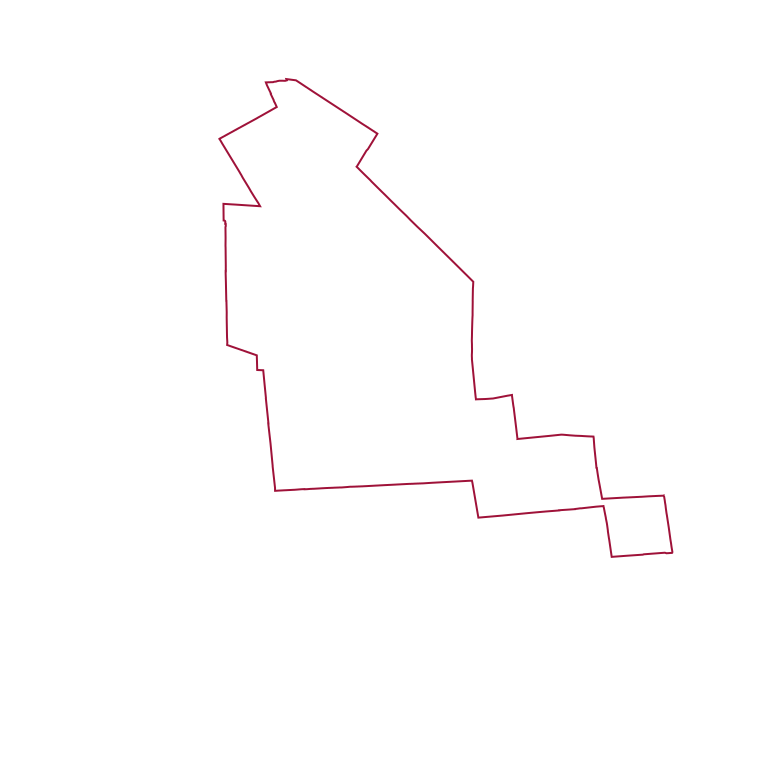 Garbovi, Ialomita, Romania, rotated 52°
{"feature_id": "2599482B59574736363397", "entity_name": "Garbovi", "entity_type": "district", "adm_level": 2, "iso_a3": "ROU", "parent_name": "Romania", "parent_adm1": "Ialomita", "projection": "natural_earth1", "projection_center": [26.782, 44.778], "detail": "fine", "context": "isolated", "style": "outline", "palette": "rose", "viewbox_px": 768, "rotation_deg": 52, "n_neighbors": 0, "source": "geoboundaries", "source_scale": "gbopen_adm2", "svg_char_len": 4085}
<svg xmlns="http://www.w3.org/2000/svg" viewBox="0 0 768 768"><g transform="rotate(52 384 384)"><path d="M401.1,535.6L401.4,535.2L403.1,532.7L405.9,528.7L412.5,519.3L414.8,515.8L416.2,513.7L417.8,511.4L418.0,511.5L419.7,509.1L421.4,506.5L423.7,503.3L426.6,499.1L428.1,496.9L430.9,492.9L434.2,488.3L435.6,486.3L436.5,485.1L437.4,483.8L439.7,480.7L443.0,475.7L443.6,474.7L444.3,473.7L446.1,471.3L450.7,464.9L451.0,464.5L454.3,459.8L459.1,452.9L464.7,444.9L468.5,439.5L475.5,429.5L478.1,425.8L479.8,423.5L482.2,420.1L486.4,414.3L491.6,406.7L496.9,399.1L514.3,374.2L516.4,375.2L524.2,379.4L547.4,391.9L560.7,371.5L573.6,351.2L579.4,342.2L584.6,334.2L591.5,323.8L591.3,323.7L596.8,315.6L600.3,310.4L600.2,310.3L601.4,308.3L602.6,306.2L603.3,305.3L611.3,292.3L615.0,286.7L615.3,286.2L616.2,286.7L616.8,286.9L621.3,289.2L625.9,291.5L626.5,291.9L630.7,294.0L632.5,295.0L637.3,297.8L637.8,298.2L644.7,302.1L645.0,302.2L660.4,311.0L669.1,298.0L677.9,285.0L678.1,284.2L682.7,277.3L689.7,266.8L690.2,266.3L691.2,265.7L692.6,263.7L693.9,261.7L694.4,261.1L694.4,260.7L693.8,260.1L692.7,259.5L691.2,258.7L689.2,257.6L686.1,255.8L683.7,254.5L682.1,253.6L681.1,253.0L672.3,247.9L661.6,241.9L659.7,240.9L655.4,238.4L652.8,236.8L650.2,235.4L648.7,234.5L647.6,233.9L646.3,233.2L645.8,232.9L645.4,232.7L645.2,232.6L644.7,232.6L644.2,232.6L644.0,232.4L643.8,232.9L640.7,237.2L635.1,245.1L631.7,250.1L625.7,258.6L621.0,265.2L614.9,274.0L608.8,282.8L595.8,276.0L591.5,273.8L586.1,270.8L582.6,268.8L582.1,268.5L581.1,267.9L580.7,268.2L580.1,267.7L577.9,266.3L572.5,262.9L565.3,258.4L563.4,257.2L555.5,251.9L555.1,251.7L554.4,251.3L551.6,254.6L548.2,258.5L546.4,260.5L542.6,265.0L538.7,269.3L534.4,273.9L533.1,275.4L527.1,285.0L518.9,297.9L509.5,312.7L509.4,312.6L500.0,306.9L490.2,301.0L484.7,297.7L482.6,296.4L482.3,296.3L480.3,295.2L472.1,290.4L471.4,289.9L469.8,292.9L469.4,293.6L462.4,307.3L462.0,307.8L459.1,312.1L457.7,314.1L453.9,319.3L452.7,321.0L452.2,320.6L451.5,320.3L447.0,317.5L418.5,299.4L418.2,299.1L416.1,297.6L415.2,296.9L413.0,295.0L410.4,292.9L409.8,292.5L406.8,290.2L403.9,288.1L400.4,285.2L396.2,281.8L391.6,278.0L388.0,275.0L386.0,273.3L384.3,271.8L381.6,269.7L373.5,263.2L373.3,263.1L363.3,255.0L361.9,253.7L358.4,250.7L346.5,252.2L334.7,253.7L307.8,257.2L291.0,259.3L280.7,260.9L271.0,262.2L266.1,262.7L265.3,262.8L259.1,263.7L256.3,264.1L248.4,265.1L244.0,265.7L235.9,266.7L231.6,267.3L225.4,268.1L221.4,268.6L216.7,269.2L215.0,269.3L207.0,270.4L200.0,271.3L198.9,271.4L196.0,271.8L196.0,271.7L195.4,270.2L195.0,269.1L192.7,263.1L189.6,255.0L189.3,254.2L189.0,252.0L182.7,235.1L172.9,238.4L165.5,241.0L158.3,243.4L140.6,249.4L121.0,256.1L110.2,259.8L102.1,262.5L100.9,262.9L94.9,264.9L90.5,266.4L89.8,267.1L83.6,273.2L84.9,273.6L84.3,275.1L80.7,279.6L79.9,281.1L79.5,282.0L79.2,282.9L78.7,283.7L78.2,284.5L77.9,285.5L74.6,290.0L73.6,291.4L75.2,291.9L76.9,292.4L77.5,292.5L82.4,293.6L83.9,293.9L84.6,294.1L85.3,294.2L85.6,294.3L85.7,294.7L90.2,295.7L92.2,296.1L92.7,296.4L94.7,296.9L95.4,296.9L95.9,297.1L96.5,297.2L98.1,297.6L99.7,298.0L96.4,319.9L96.4,320.2L92.9,341.4L89.5,362.5L89.5,362.8L91.0,362.9L95.4,363.5L109.0,365.1L127.8,367.3L130.5,367.7L130.9,367.7L134.3,368.3L140.4,369.0L146.4,369.7L150.4,370.3L151.4,370.4L156.8,371.0L162.2,371.5L163.7,371.6L167.6,372.2L150.9,390.9L149.5,392.5L143.2,399.6L156.4,409.7L157.0,409.1L157.3,409.0L157.5,408.9L157.9,408.9L158.2,409.0L158.3,409.1L158.6,409.3L160.0,410.5L160.3,410.1L160.6,410.3L162.2,411.5L162.7,412.3L171.5,419.0L177.5,423.8L178.2,424.3L178.5,424.5L180.1,425.7L184.8,429.3L193.2,435.7L193.4,435.9L193.6,436.0L195.1,437.2L197.8,439.2L197.9,439.3L197.7,439.4L198.7,440.2L206.7,446.1L217.0,453.8L221.4,457.1L221.5,457.0L223.1,458.2L230.8,463.9L234.7,467.0L250.5,478.9L254.7,481.8L256.7,483.6L282.0,467.3L283.1,466.6L285.0,468.0L288.3,470.4L294.9,475.3L295.0,475.2L298.8,470.7L310.4,478.1L322.4,485.7L322.5,485.9L333.2,492.6L343.9,499.3L344.0,499.4L344.4,499.6L344.5,499.7L344.3,499.8L361.1,510.1L370.5,516.1L379.9,522.1L380.4,522.5L398.9,533.9L399.0,534.0L401.1,535.6Z" fill="none" stroke="#9f1239" stroke-width="2"/></g></svg>